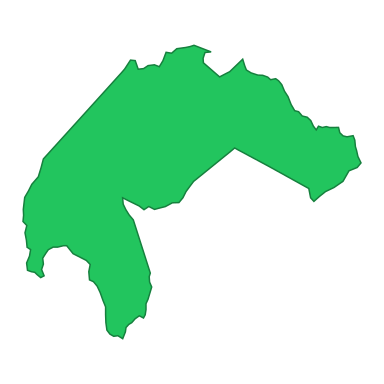 the district of Itauçu, Goiás, Brazil
{"feature_id": "56859067B31069822837924", "entity_name": "Itauçu", "entity_type": "district", "adm_level": 2, "iso_a3": "BRA", "parent_name": "Brazil", "parent_adm1": "Goiás", "projection": "equal_earth", "projection_center": [-49.6, -16.218], "detail": "fine", "context": "isolated", "style": "filled", "palette": "green", "viewbox_px": 384, "rotation_deg": 0, "n_neighbors": 0, "source": "geoboundaries", "source_scale": "gbopen_adm2", "svg_char_len": 1905}
<svg xmlns="http://www.w3.org/2000/svg" viewBox="0 0 384 384"><path d="M122.7,338.7L125.4,331.9L126.0,327.5L128.8,324.4L131.7,322.7L135.1,318.8L139.3,315.8L143.5,318.0L145.2,314.8L146.0,309.6L146.0,303.7L148.0,299.3L151.7,287.0L149.6,282.1L149.2,276.7L150.3,273.1L133.3,219.9L129.1,214.9L125.8,209.6L123.2,204.2L122.6,197.8L129.8,201.4L139.2,206.0L144.0,209.7L148.8,206.5L154.5,209.4L158.5,208.3L165.3,206.6L172.4,202.8L178.9,202.6L182.9,197.8L186.0,191.6L189.9,186.3L193.6,181.4L230.6,151.4L234.6,148.0L268.9,166.4L308.8,188.5L310.6,197.8L313.9,201.4L319.6,196.3L325.5,191.6L334.0,187.5L343.0,181.3L349.0,170.8L357.2,167.5L361.0,162.9L357.9,156.5L356.6,150.6L355.4,146.6L354.8,140.1L353.1,135.7L347.0,136.8L343.1,135.9L339.8,132.7L338.5,127.4L333.2,127.5L329.6,127.5L326.3,126.6L322.3,127.5L318.5,126.2L316.2,129.9L313.3,126.0L310.8,120.6L307.2,117.2L302.2,116.0L298.6,111.7L294.7,110.7L291.1,104.5L288.0,96.6L284.5,91.2L281.8,84.7L278.7,80.9L275.7,78.7L270.6,79.7L267.7,77.1L262.7,75.3L257.9,75.1L251.1,72.9L246.4,70.0L244.8,66.0L242.7,59.2L229.7,71.7L226.3,73.4L219.6,76.9L203.4,62.8L203.1,58.3L205.0,52.5L211.1,51.9L194.0,45.3L190.0,46.6L185.6,47.5L176.8,48.7L171.6,53.2L166.1,52.3L162.9,60.8L159.3,66.7L154.4,64.8L148.1,65.6L143.6,68.6L138.2,69.2L135.2,60.6L130.5,60.1L124.7,69.0L121.7,72.5L75.8,123.2L43.4,158.9L41.0,168.0L38.3,176.8L31.8,184.3L28.5,190.9L24.7,197.4L23.3,209.4L23.6,215.3L23.0,221.5L26.8,225.5L25.0,232.8L26.4,240.2L27.1,247.3L30.6,249.6L29.5,256.1L26.6,263.0L27.5,270.3L31.3,271.7L34.7,272.3L37.2,274.7L40.7,277.6L44.1,275.8L41.6,269.5L43.4,264.1L42.7,258.2L45.8,253.3L48.3,249.7L53.1,247.1L57.7,247.1L63.5,245.7L66.7,245.7L73.1,253.7L86.3,260.4L90.2,264.5L88.8,271.7L89.5,279.9L93.5,281.7L97.2,286.2L100.2,292.6L102.9,300.2L105.6,306.9L105.6,314.8L105.9,322.7L106.9,330.1L109.9,334.1L113.7,336.3L117.9,335.7L122.7,338.7Z" fill="#22c55e" stroke="#15803d" stroke-width="1.5"/></svg>